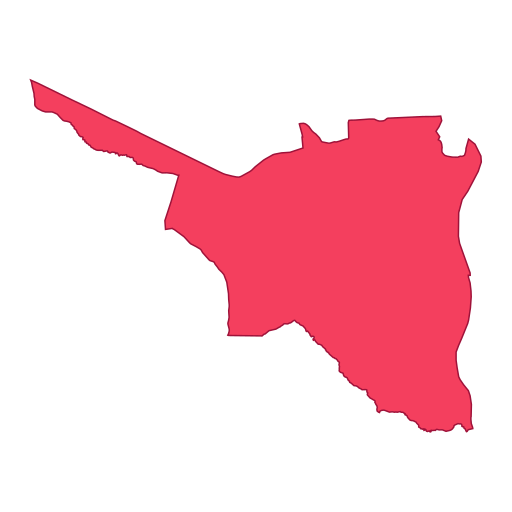 outline of Oboga, Olt, Romania
{"feature_id": "2599482B49636581279987", "entity_name": "Oboga", "entity_type": "district", "adm_level": 2, "iso_a3": "ROU", "parent_name": "Romania", "parent_adm1": "Olt", "projection": "mercator", "projection_center": [24.07, 44.419], "detail": "fine", "context": "isolated", "style": "filled", "palette": "rose", "viewbox_px": 512, "rotation_deg": 0, "n_neighbors": 0, "source": "geoboundaries", "source_scale": "gbopen_adm2", "svg_char_len": 6051}
<svg xmlns="http://www.w3.org/2000/svg" viewBox="0 0 512 512"><path d="M379.5,412.5L379.8,411.5L380.2,411.0L381.5,410.4L383.4,410.1L384.6,410.3L389.4,412.1L392.4,411.8L394.5,412.2L395.7,412.0L397.4,412.2L399.5,411.7L400.3,411.6L401.0,412.2L403.0,412.3L404.0,413.1L405.0,413.6L405.2,413.9L404.9,414.3L405.1,414.8L406.5,415.3L406.9,415.6L407.2,416.2L407.3,416.7L408.0,417.9L409.9,420.0L411.1,420.5L413.2,420.7L416.0,422.1L416.8,423.3L418.6,425.1L418.7,425.7L418.7,426.9L418.9,427.2L420.4,428.0L421.0,428.9L421.9,428.8L422.6,429.2L423.8,428.8L424.1,428.9L424.2,429.2L423.9,430.2L424.0,430.4L424.6,430.1L424.9,429.2L425.2,429.2L425.9,429.7L426.1,430.7L426.6,431.2L427.4,431.5L428.6,431.1L429.4,431.0L429.9,431.8L430.5,431.9L431.0,431.6L430.8,430.6L431.1,430.3L432.8,430.5L434.2,430.3L435.4,430.4L436.4,429.4L437.1,429.4L439.2,429.9L442.3,429.8L446.0,431.3L449.9,430.4L451.1,429.9L452.3,429.0L453.7,427.2L453.9,426.6L454.0,425.7L454.3,425.4L455.1,424.9L458.0,423.6L459.2,423.9L460.6,423.8L461.5,424.3L461.9,425.1L461.9,426.3L462.5,426.7L463.3,426.7L463.8,427.0L464.0,428.1L464.5,428.6L465.2,428.9L465.9,430.7L466.4,431.6L466.6,431.7L467.2,431.3L468.1,429.9L468.7,429.6L472.8,428.6L472.6,427.3L471.3,423.6L470.9,419.5L470.9,417.4L471.1,416.7L471.4,404.5L470.1,395.8L468.4,390.7L463.7,384.9L460.1,379.7L458.7,376.8L457.1,367.6L456.1,360.2L456.1,352.0L458.6,345.4L461.7,338.3L467.7,323.5L468.6,320.0L470.4,308.0L471.2,296.8L471.0,291.0L470.1,283.0L468.5,277.5L468.3,275.3L470.2,275.3L470.1,272.9L459.6,243.4L458.4,236.3L458.7,212.6L462.2,199.5L467.8,191.2L478.2,171.4L481.3,162.0L480.9,156.1L475.0,144.2L468.6,139.1L466.0,148.4L465.9,150.4L465.5,152.4L464.5,155.3L463.2,156.0L461.9,156.4L460.3,156.2L457.7,157.2L452.3,157.1L447.2,156.2L444.6,155.3L442.6,153.1L442.1,152.2L441.9,151.4L441.9,148.9L442.1,147.6L441.7,144.3L441.2,142.6L440.6,141.4L439.8,140.6L438.3,139.8L439.7,136.8L436.0,131.3L439.0,126.7L441.7,120.7L440.7,116.1L434.9,116.5L422.9,116.6L387.9,118.2L386.9,118.6L384.9,120.2L383.5,120.8L381.9,121.0L379.7,121.1L378.6,120.9L377.0,120.4L374.4,119.2L373.0,119.1L368.9,119.1L355.1,120.1L350.1,120.2L348.9,120.4L348.3,122.6L348.7,137.9L348.4,138.6L347.7,139.0L346.2,139.0L344.1,139.6L339.0,141.3L336.2,142.0L334.3,141.8L330.0,143.1L328.8,143.2L322.1,141.9L321.4,141.3L319.4,137.8L315.9,134.1L313.7,132.5L311.9,130.8L308.9,126.6L306.6,124.6L305.0,123.7L303.4,123.3L300.0,123.6L299.3,123.9L302.2,134.6L302.6,137.0L302.0,137.1L303.0,148.0L290.0,152.3L281.3,152.9L274.6,154.2L273.0,154.7L265.9,158.7L263.6,160.1L255.2,166.8L251.6,170.3L249.8,171.6L241.1,176.4L239.0,177.1L236.7,177.0L232.5,176.2L225.6,174.5L223.3,173.7L219.0,171.7L140.8,133.5L136.7,131.2L127.5,126.7L115.6,121.0L113.0,120.1L90.8,108.9L71.9,99.9L37.8,83.2L30.7,80.1L31.6,82.5L32.3,86.3L34.0,93.4L34.2,96.5L34.8,99.4L34.8,104.9L35.2,106.0L35.6,106.5L37.4,108.4L42.0,110.8L43.1,111.2L45.5,111.9L52.0,111.9L53.9,112.6L57.3,114.2L60.3,117.6L63.1,120.4L64.7,121.0L66.4,121.2L69.1,121.9L70.9,122.8L71.3,124.5L72.3,125.0L72.9,126.0L73.8,126.5L74.1,127.0L74.2,128.2L74.3,128.6L75.8,129.6L76.8,131.1L77.1,132.4L78.5,134.1L78.9,135.2L80.5,136.6L81.8,136.7L82.9,137.2L83.1,137.5L82.8,138.6L82.9,139.6L84.7,139.9L84.9,140.4L84.8,141.1L85.1,141.9L86.3,142.1L86.5,142.3L86.5,143.1L86.9,143.4L87.9,143.7L88.3,144.1L88.7,144.9L90.1,145.3L91.2,147.2L92.7,147.9L93.9,148.9L95.1,149.3L96.2,150.0L97.9,150.3L102.4,150.3L103.4,151.3L103.7,151.5L107.1,150.9L107.4,151.1L107.8,151.5L107.9,152.0L108.4,152.3L110.0,153.0L110.5,152.9L111.6,152.2L112.2,152.1L114.8,152.4L115.3,152.7L115.5,153.7L115.7,153.8L116.0,153.7L116.7,152.9L117.0,152.9L117.9,153.5L118.3,154.6L119.0,155.7L119.2,155.9L119.9,155.5L120.2,155.1L120.7,154.9L121.2,154.9L122.7,155.3L123.4,155.0L124.6,155.2L126.2,154.7L126.5,154.8L126.8,155.2L126.8,156.0L127.0,156.5L129.2,156.6L130.2,157.5L132.0,157.4L132.6,157.5L133.0,157.8L133.3,158.3L133.4,159.8L133.6,160.2L134.5,161.1L136.1,161.8L136.4,162.4L136.6,163.7L137.4,164.2L139.7,164.3L141.2,164.1L141.9,164.3L143.1,165.5L144.9,166.0L147.6,167.3L153.1,168.6L155.5,169.8L157.7,171.3L161.8,172.8L162.7,172.9L167.0,172.8L172.9,173.5L177.6,175.2L178.8,175.2L171.0,201.9L164.9,220.6L165.5,229.4L172.3,228.4L172.7,228.8L174.2,229.5L184.0,236.7L189.6,242.8L190.7,243.8L196.1,246.6L200.0,248.9L201.1,249.9L202.6,252.6L209.1,259.9L210.0,260.6L213.1,261.6L214.2,262.2L215.2,264.3L217.3,266.9L218.9,269.3L221.8,272.1L223.9,274.6L226.8,282.2L228.5,293.7L228.7,299.5L229.2,304.7L229.2,306.6L228.7,310.7L229.1,317.3L228.6,320.3L227.9,323.1L228.0,324.4L229.1,328.7L229.3,330.1L229.1,331.6L228.5,333.8L227.8,335.2L228.3,335.4L230.3,335.5L262.1,335.9L264.0,334.2L265.2,333.9L269.0,330.7L275.9,329.1L279.0,327.3L280.4,326.7L280.9,326.1L282.8,325.0L283.5,324.1L284.7,323.7L287.4,323.9L288.5,323.6L289.4,323.0L290.1,323.0L291.3,322.4L293.3,320.8L294.4,320.3L294.9,320.4L296.0,321.7L297.1,322.6L299.0,323.2L299.8,324.4L300.3,324.8L302.9,325.9L305.1,328.3L305.5,328.9L306.1,331.1L306.7,331.5L307.6,331.1L309.8,333.9L310.1,335.1L311.3,336.7L311.7,336.7L311.9,336.3L312.2,336.2L313.6,336.4L314.2,337.2L314.0,338.2L313.1,339.0L313.1,339.8L313.5,340.3L314.5,339.8L315.0,340.1L315.5,341.3L318.2,344.2L319.6,344.3L321.7,345.2L322.7,346.7L325.3,348.9L325.5,349.2L325.5,349.8L326.0,350.2L326.3,351.1L326.8,351.4L327.2,352.0L328.1,352.3L328.3,352.7L328.7,352.9L329.2,353.9L329.9,354.6L333.3,357.6L334.3,357.7L335.0,358.5L336.0,358.7L337.5,360.3L338.1,361.4L338.9,361.9L339.3,362.3L339.4,362.7L339.0,364.7L339.4,366.3L339.5,366.9L339.2,368.1L339.4,368.9L339.2,370.2L339.2,370.7L339.4,371.3L340.5,372.3L342.8,373.1L343.1,373.3L343.5,375.0L344.1,376.2L345.2,377.0L346.6,377.4L347.1,377.8L348.4,380.5L349.3,381.0L349.5,381.4L349.7,382.3L351.4,383.3L353.9,385.6L356.3,385.9L357.7,386.7L358.8,387.8L361.3,389.1L362.0,389.7L366.0,389.6L366.7,389.8L366.9,390.8L366.9,391.9L367.8,393.0L367.3,394.1L367.4,394.9L370.0,397.9L374.7,400.6L374.9,400.9L375.1,401.2L374.9,402.5L375.5,403.3L375.9,404.4L376.9,405.8L377.1,406.8L377.3,407.3L376.9,409.2L377.1,411.0L378.4,412.1L379.5,412.5Z" fill="#f43f5e" stroke="#9f1239" stroke-width="1.5"/></svg>